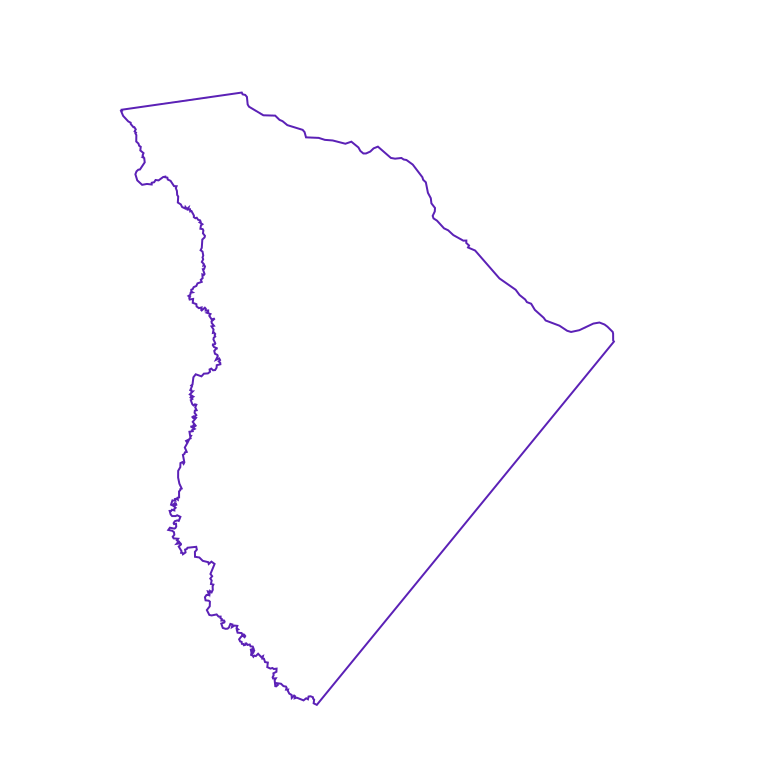 the district of Santa Rosalía, Vichada, Colombia, rotated 82°
{"feature_id": "7082276B93791485890149", "entity_name": "Santa Rosalía", "entity_type": "district", "adm_level": 2, "iso_a3": "COL", "parent_name": "Colombia", "parent_adm1": "Vichada", "projection": "mercator", "projection_center": [-70.657, 5.042], "detail": "fine", "context": "isolated", "style": "outline", "palette": "violet", "viewbox_px": 768, "rotation_deg": 82, "n_neighbors": 0, "source": "geoboundaries", "source_scale": "gbopen_adm2", "svg_char_len": 6147}
<svg xmlns="http://www.w3.org/2000/svg" viewBox="0 0 768 768"><g transform="rotate(82 384 384)"><path d="M75.6,484.3L75.9,605.6L76.9,605.4L77.0,606.4L82.2,605.0L88.4,600.7L90.0,598.5L91.3,598.6L94.8,596.4L94.9,595.5L97.3,594.4L99.2,595.8L100.6,594.6L101.3,595.3L103.0,594.6L109.4,595.6L111.7,593.7L114.0,593.3L115.2,591.9L118.8,592.8L121.9,590.0L123.9,591.2L125.3,590.8L125.7,591.6L126.9,590.0L131.2,590.1L137.6,595.8L137.6,597.5L139.0,599.5L141.7,601.0L148.0,600.0L153.1,595.8L152.9,590.9L154.1,586.3L152.4,586.0L152.2,583.5L150.2,581.8L151.0,578.9L148.3,573.9L148.2,571.8L148.8,571.9L149.5,569.8L151.4,569.7L153.1,567.1L158.8,564.4L159.3,561.9L161.0,562.9L164.0,562.2L168.0,562.5L169.7,561.7L175.6,562.9L177.9,560.2L180.6,559.3L182.5,556.5L181.1,556.0L183.2,554.8L182.1,553.0L184.0,553.8L184.0,551.8L186.1,551.9L185.9,550.6L190.7,548.8L192.3,549.1L193.6,547.7L193.3,546.3L195.5,545.2L196.4,543.3L197.9,543.0L198.3,544.0L200.5,541.6L201.4,543.2L204.7,544.2L205.4,542.0L206.7,541.5L209.6,542.3L212.4,540.7L213.9,541.3L215.6,543.8L223.8,545.5L226.0,547.0L227.6,545.3L231.6,545.1L233.4,546.1L235.3,545.7L237.8,547.4L240.0,545.8L241.5,546.3L241.2,545.5L242.7,544.9L245.0,546.1L245.1,547.4L250.1,546.4L251.0,547.3L250.2,548.6L254.0,548.9L255.3,550.9L257.5,550.3L258.4,554.7L260.8,556.2L261.6,559.0L263.5,560.3L263.8,561.7L265.6,562.0L266.6,560.8L266.7,562.8L268.8,563.5L269.6,565.3L270.7,564.0L271.7,564.9L273.3,564.7L273.2,561.2L277.0,562.1L278.8,558.7L281.1,558.8L283.1,556.8L282.8,554.0L285.3,554.7L285.8,554.3L283.5,550.8L284.7,550.0L286.5,550.4L286.7,547.9L288.3,548.1L288.8,549.5L290.6,546.1L292.2,547.5L296.0,545.7L295.6,542.5L298.0,546.1L299.7,546.1L302.7,544.3L302.9,546.8L306.3,545.2L309.6,546.3L309.5,545.1L311.0,544.2L311.9,544.9L313.5,544.5L314.4,546.1L316.1,546.7L320.3,545.4L321.0,545.9L321.0,547.9L321.8,548.1L323.7,547.2L325.7,543.9L325.6,545.2L327.6,547.5L330.5,547.2L332.0,545.0L333.2,544.7L336.7,547.1L335.7,543.7L337.5,543.0L338.6,544.5L340.3,543.2L341.7,543.3L342.1,547.0L344.5,547.5L346.7,549.3L346.6,551.4L344.7,552.9L345.3,554.7L347.7,554.6L349.0,556.9L348.7,560.9L351.0,563.7L348.2,569.1L350.8,571.8L357.8,573.7L358.7,575.1L359.4,574.4L363.0,576.6L363.3,575.7L364.5,575.8L364.7,574.4L367.3,577.7L370.0,574.6L370.5,575.8L369.5,576.7L370.4,577.5L372.2,575.9L373.1,577.6L377.4,576.6L378.7,575.6L377.8,574.1L378.4,572.7L380.8,574.2L383.9,573.2L384.0,575.0L386.2,575.6L388.7,574.2L390.0,576.4L389.5,577.1L390.1,578.3L391.1,577.7L391.5,576.3L390.5,576.1L391.3,574.8L394.9,578.7L399.1,576.3L399.8,577.6L398.5,578.6L399.6,579.6L399.0,581.5L402.1,577.8L403.0,580.4L404.1,580.1L404.2,583.3L408.3,583.2L408.5,582.3L409.8,583.3L410.9,583.1L411.2,584.3L413.7,586.0L412.3,586.4L412.8,587.9L415.0,586.9L419.2,590.1L423.8,588.8L424.0,590.7L425.4,591.3L426.2,593.0L433.8,592.6L435.2,593.6L433.3,594.5L434.0,596.6L438.0,597.3L441.3,599.9L448.0,600.9L454.2,600.5L459.4,598.9L459.8,600.4L460.9,600.6L461.8,601.9L467.8,602.7L467.9,604.2L469.8,604.3L468.7,605.6L468.8,607.0L470.6,606.9L469.8,609.7L473.9,611.7L474.7,610.5L472.8,607.7L473.2,606.8L474.7,606.5L475.6,609.3L477.6,607.6L478.6,609.1L480.0,609.2L479.0,611.5L480.1,612.4L479.9,613.9L483.5,613.4L485.3,612.2L485.8,608.7L485.2,607.1L487.2,604.1L491.0,606.3L490.3,607.7L490.8,610.3L492.5,611.7L493.5,611.4L493.5,609.4L496.3,609.6L497.7,610.7L498.0,611.9L496.5,616.0L498.5,617.9L499.9,614.1L501.5,612.6L504.1,612.6L505.9,614.5L507.6,613.8L508.6,609.4L510.1,610.8L511.3,609.2L513.4,611.6L513.4,609.1L512.5,608.5L513.9,607.4L514.7,607.4L516.4,609.9L521.3,607.8L522.9,608.4L523.2,607.0L524.6,606.8L523.2,604.0L520.3,604.0L519.9,602.2L518.8,601.4L519.1,592.6L522.0,592.4L523.9,594.6L528.8,595.2L530.1,591.0L533.9,588.1L536.0,582.8L537.8,582.6L535.9,579.6L538.6,576.8L548.0,582.3L550.4,580.9L552.5,583.1L554.6,582.0L558.0,583.2L558.9,580.9L560.6,581.9L564.0,582.2L566.3,583.7L564.8,585.1L567.5,585.9L565.3,586.4L564.9,587.3L568.7,586.7L568.2,589.1L570.2,591.0L573.4,590.8L574.2,587.7L575.3,586.7L579.9,587.5L583.2,590.9L588.4,589.1L589.2,586.9L588.9,581.8L591.3,580.2L591.6,578.2L593.1,578.5L594.2,577.3L595.6,577.9L595.9,575.4L596.9,574.9L597.9,575.3L598.6,578.5L603.1,577.6L604.4,574.9L604.5,572.9L603.5,571.4L600.2,569.5L601.1,567.5L603.6,568.4L602.4,565.7L603.1,562.9L605.3,564.0L606.7,562.6L607.1,564.0L609.9,563.6L610.8,559.7L611.9,559.4L612.7,557.4L614.3,556.5L615.3,557.3L614.0,558.5L613.8,560.0L616.6,563.0L618.9,562.3L619.5,560.9L621.5,560.9L621.9,559.5L623.2,559.1L623.0,557.6L621.7,557.3L621.7,556.4L623.4,555.4L623.3,553.2L625.2,552.7L625.8,550.5L627.9,550.0L628.5,552.8L630.7,552.7L629.1,550.0L629.8,549.6L632.0,550.9L633.1,553.2L634.0,553.2L634.4,552.0L635.9,551.3L634.9,550.3L635.6,548.8L633.6,546.2L637.4,543.5L636.7,541.8L639.0,542.7L639.4,541.1L642.8,540.5L643.7,537.8L648.1,539.0L650.0,536.1L649.7,534.0L650.9,532.8L650.9,530.0L654.0,530.6L655.1,533.8L657.0,533.8L658.9,535.1L660.2,534.8L660.4,532.1L662.1,533.5L668.1,533.7L668.4,532.8L667.3,531.1L665.3,531.9L666.5,527.7L669.2,525.6L670.0,523.2L671.3,522.7L673.0,523.5L673.2,521.5L674.2,522.0L677.4,520.9L679.0,518.8L682.0,519.0L680.0,516.4L680.9,515.5L682.8,516.2L682.5,514.0L686.1,507.7L684.4,504.8L685.6,503.2L683.0,502.2L683.0,500.2L684.3,498.0L685.8,498.0L686.8,497.1L690.4,498.1L692.4,495.2L374.0,150.4L372.7,151.0L366.0,150.1L364.2,150.3L358.3,154.8L355.8,157.3L353.1,162.1L353.3,168.3L357.9,183.1L358.5,191.5L356.8,195.2L350.7,202.1L343.6,215.1L340.6,216.7L331.6,224.3L325.0,227.1L322.8,231.1L320.0,232.4L314.7,237.4L309.0,240.5L295.5,255.0L264.5,275.2L260.5,281.8L258.7,280.5L255.8,282.9L253.4,282.5L253.1,285.5L246.2,294.6L240.7,299.1L238.2,302.9L229.6,308.8L226.9,311.9L224.3,312.4L220.2,309.7L216.8,309.0L211.7,311.9L206.5,311.8L200.8,313.9L190.1,314.5L187.2,316.8L184.6,317.2L170.7,325.0L165.3,330.6L164.4,333.3L162.6,335.3L162.4,341.7L161.1,345.7L148.1,357.0L149.2,361.5L151.9,365.2L153.2,369.7L152.8,372.4L149.9,375.0L146.2,376.4L139.5,382.6L140.7,388.8L135.7,400.9L134.0,408.6L131.2,414.4L128.9,426.9L123.5,427.6L121.0,429.2L114.2,443.7L109.6,447.9L107.9,450.7L103.1,454.4L101.1,466.1L90.6,479.1L88.2,480.1L80.6,479.8L78.4,481.2L77.5,483.7L75.6,484.3Z" fill="none" stroke="#5b21b6" stroke-width="2"/></g></svg>